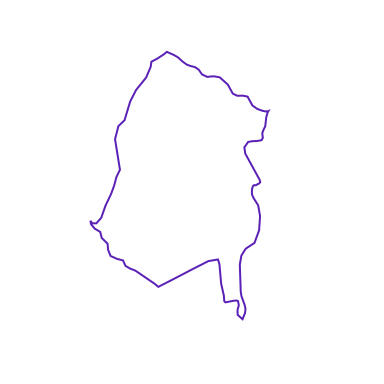 SVG path tracing the border of Yagha, rotated 63°
{"feature_id": "BFA-2877", "entity_name": "Yagha", "entity_type": "Province", "adm_level": 1, "iso_a3": "BFA", "parent_name": "Burkina Faso", "parent_adm1": "", "projection": "mercator", "projection_center": [0.646, 13.4], "detail": "fine", "context": "isolated", "style": "outline", "palette": "violet", "viewbox_px": 384, "rotation_deg": 63, "n_neighbors": 0, "source": "natural_earth", "source_scale": "10m", "svg_char_len": 1452}
<svg xmlns="http://www.w3.org/2000/svg" viewBox="0 0 384 384"><g transform="rotate(63 192 192)"><path d="M154.7,87.4L155.6,88.7L159.1,91.9L166.7,96.9L169.0,100.0L171.5,102.7L175.9,104.3L177.4,106.5L176.1,110.9L173.9,115.7L172.9,119.3L176.0,125.1L182.0,127.1L211.9,126.2L214.2,126.7L214.9,128.3L214.8,130.2L215.0,131.6L214.9,132.4L214.1,133.4L214.3,134.9L217.0,137.5L221.4,139.7L225.4,139.9L233.9,139.1L244.4,142.3L256.6,149.6L265.7,159.4L266.9,169.9L271.1,176.9L278.5,182.4L303.1,193.9L307.2,195.2L316.7,196.4L320.5,197.4L324.0,199.8L328.3,204.7L322.2,207.1L317.8,205.0L314.1,201.7L310.0,200.5L308.8,201.8L307.8,204.3L305.5,212.3L303.9,212.8L298.9,210.7L286.8,207.6L268.7,200.3L263.9,199.5L261.0,208.8L261.0,228.5L261.2,250.3L261.2,265.1L256.9,266.9L236.3,278.2L232.0,282.0L227.6,284.8L221.7,284.5L217.4,289.3L212.0,293.6L205.4,293.0L199.7,290.7L192.0,293.3L185.9,291.9L180.5,295.3L175.0,296.6L171.5,295.6L174.6,295.1L176.5,291.4L173.8,284.6L165.0,275.4L157.1,265.1L151.0,258.5L144.3,252.5L139.5,246.1L110.0,236.6L99.9,227.7L97.4,219.5L83.3,206.0L75.7,195.5L69.2,180.9L61.8,172.1L57.5,169.0L57.4,162.6L56.6,154.9L55.7,150.8L62.0,145.7L65.8,143.3L68.1,142.4L71.0,141.4L76.0,138.9L79.3,135.9L82.0,132.7L86.0,130.5L91.8,129.7L96.4,126.1L97.6,122.8L99.2,119.4L102.5,115.2L112.6,111.3L122.8,111.0L126.7,108.1L129.3,102.9L132.2,99.2L142.3,98.9L147.5,96.2L151.4,92.6L153.4,90.2L154.7,87.5L154.7,87.4Z" fill="none" stroke="#5b21b6" stroke-width="2"/></g></svg>